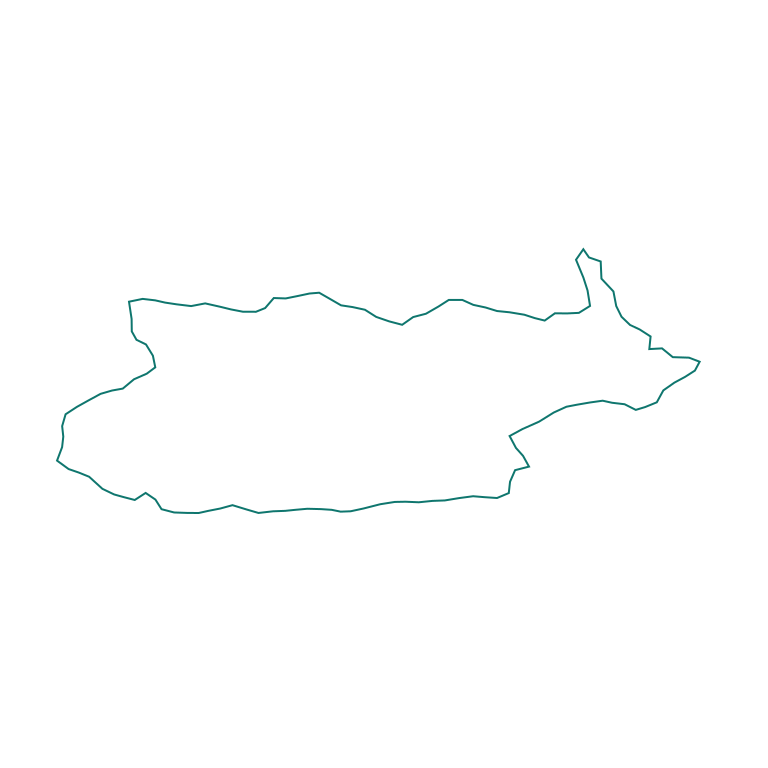 Conceição das Pedras, Minas Gerais, Brazil (Mercator projection), rotated 19°
{"feature_id": "56859067B3720188207773", "entity_name": "Conceição das Pedras", "entity_type": "district", "adm_level": 2, "iso_a3": "BRA", "parent_name": "Brazil", "parent_adm1": "Minas Gerais", "projection": "mercator", "projection_center": [-45.418, -22.139], "detail": "fine", "context": "isolated", "style": "outline", "palette": "teal", "viewbox_px": 768, "rotation_deg": 19, "n_neighbors": 0, "source": "geoboundaries", "source_scale": "gbopen_adm2", "svg_char_len": 1805}
<svg xmlns="http://www.w3.org/2000/svg" viewBox="0 0 768 768"><g transform="rotate(19 384 384)"><path d="M635.3,259.8L623.5,264.6L620.6,252.3L608.0,249.2L597.5,248.1L586.7,243.1L578.2,234.7L570.8,221.8L555.3,213.6L549.0,197.6L536.6,197.6L528.6,191.7L525.1,204.0L537.9,218.5L546.0,229.3L553.4,243.1L545.1,253.3L534.0,257.7L522.6,261.5L515.3,271.7L505.2,272.6L494.2,272.8L479.4,275.3L467.1,278.2L455.1,278.6L442.7,280.1L430.7,279.0L417.9,283.4L410.3,293.0L400.8,303.9L389.8,311.2L381.9,322.1L368.5,323.1L354.8,323.1L341.8,320.0L329.2,321.5L317.8,323.6L305.0,321.1L293.0,318.8L284.1,322.7L273.6,329.0L263.2,335.1L251.8,338.6L246.9,350.9L239.4,357.4L227.0,361.6L215.0,363.3L204.1,364.3L188.7,366.0L176.3,373.1L161.9,376.2L150.5,378.3L140.4,379.4L128.1,382.1L116.1,389.2L124.2,404.7L128.4,416.4L135.6,422.8L146.1,424.1L156.3,432.5L162.3,442.7L156.3,451.5L146.1,460.9L138.5,473.4L129.0,478.7L119.2,485.6L109.7,496.0L101.1,505.6L92.8,516.3L93.4,528.6L97.9,538.2L100.2,548.5L99.8,562.9L113.5,567.1L124.2,567.1L135.4,567.7L151.9,574.8L164.8,576.3L174.7,575.7L186.1,574.8L194.1,564.6L205.5,567.7L214.4,574.8L227.4,573.8L239.8,570.0L250.8,566.3L259.1,561.2L269.8,555.0L280.2,547.9L294.6,547.4L307.3,546.8L320.5,540.5L331.9,536.1L341.2,531.8L352.2,526.9L365.2,522.8L375.5,520.0L384.6,518.8L393.9,515.2L405.3,508.3L419.6,498.9L432.6,492.0L442.7,488.3L455.4,484.5L468.0,478.7L479.4,474.3L492.2,467.4L504.8,461.1L516.2,458.2L528.0,455.0L537.5,446.5L535.0,435.4L536.0,422.8L548.0,414.9L538.9,406.7L529.6,401.5L519.7,392.3L529.6,381.5L542.9,369.1L553.8,355.7L563.9,346.1L573.3,340.7L584.8,334.4L596.2,328.6L605.7,327.5L618.1,324.8L630.5,326.5L638.4,320.8L647.9,312.5L650.2,299.1L658.1,288.2L666.3,279.3L673.6,270.1L675.2,260.2L663.8,259.8L648.3,264.6L635.3,259.8Z" fill="none" stroke="#0f766e" stroke-width="2"/></g></svg>